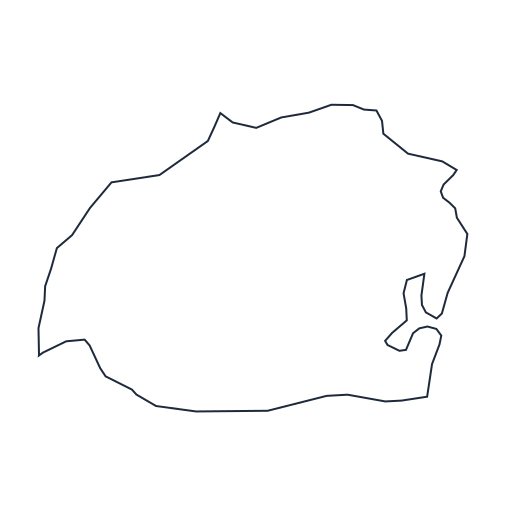 SVG path tracing the border of Nord-Est, rotated 97°
{"feature_id": "HTI-1386", "entity_name": "Nord-Est", "entity_type": "Department", "adm_level": 1, "iso_a3": "HTI", "parent_name": "Haiti", "parent_adm1": "", "projection": "robinson", "projection_center": [-71.895, 19.504], "detail": "fine", "context": "isolated", "style": "outline", "palette": "slate", "viewbox_px": 512, "rotation_deg": 97, "n_neighbors": 0, "source": "natural_earth", "source_scale": "10m", "svg_char_len": 1066}
<svg xmlns="http://www.w3.org/2000/svg" viewBox="0 0 512 512"><g transform="rotate(97 256 256)"><path d="M374.8,69.0L381.8,94.0L384.6,110.0L383.8,124.4L382.5,148.2L386.2,168.8L408.2,225.6L417.6,296.5L417.1,336.9L408.1,357.8L403.7,362.9L393.8,390.6L386.3,397.0L365.1,410.2L359.9,415.9L363.8,434.0L377.8,455.6L381.2,459.3L380.8,459.3L354.1,463.1L326.2,460.5L311.7,461.6L293.8,457.9L272.4,454.6L257.7,441.1L228.5,426.6L200.5,408.4L187.4,361.7L147.7,317.8L133.0,313.1L118.5,308.8L126.3,295.4L128.8,271.4L115.4,247.8L107.3,221.0L96.7,199.6L94.4,178.2L97.5,166.7L96.9,154.2L106.5,147.4L119.1,144.5L135.9,117.6L139.4,82.6L142.4,75.8L146.2,67.3L151.5,70.0L162.2,78.5L169.3,80.5L175.4,77.4L179.4,70.6L184.4,64.1L193.5,61.3L208.4,48.9L230.8,49.1L269.3,61.3L290.4,64.5L296.0,69.1L291.3,80.5L284.4,85.3L275.1,87.0L253.1,86.7L261.4,103.3L275.0,105.0L289.8,100.5L301.5,98.5L315.7,111.5L324.5,117.5L328.3,114.6L332.6,102.1L330.9,95.7L313.5,90.7L307.9,85.1L305.1,77.2L306.4,68.1L312.4,62.4L321.4,63.1L341.8,68.1L374.8,69.0Z" fill="none" stroke="#1e293b" stroke-width="2"/></g></svg>